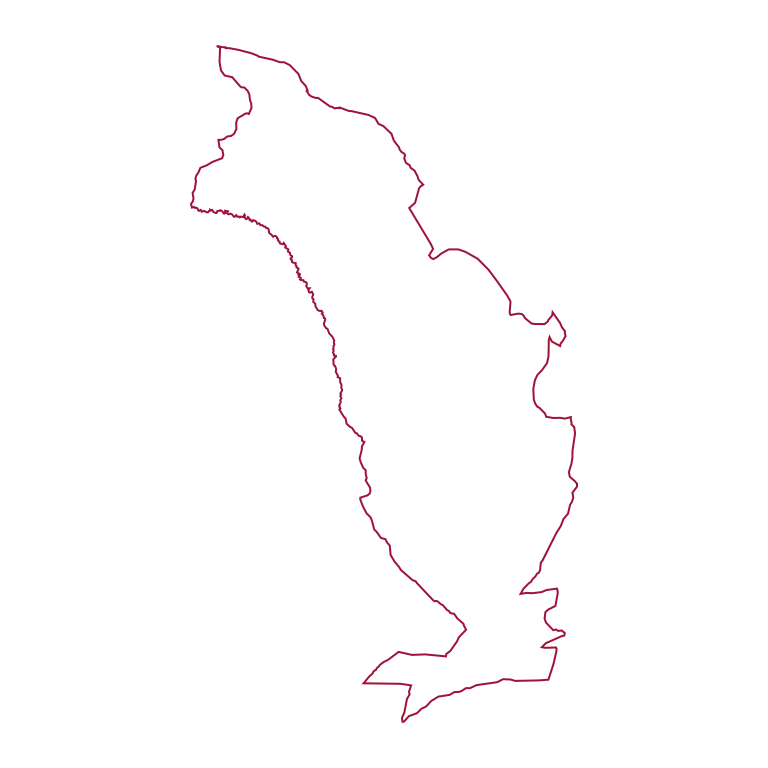 the district of Yahuma, Orientale, Democratic Republic of the Congo
{"feature_id": "63176286B43218121140485", "entity_name": "Yahuma", "entity_type": "district", "adm_level": 2, "iso_a3": "COD", "parent_name": "Democratic Republic of the Congo", "parent_adm1": "Orientale", "projection": "albers", "projection_center": [22.941, 0.801], "detail": "fine", "context": "isolated", "style": "outline", "palette": "rose", "viewbox_px": 768, "rotation_deg": 0, "n_neighbors": 0, "source": "geoboundaries", "source_scale": "gbopen_adm2", "svg_char_len": 6093}
<svg xmlns="http://www.w3.org/2000/svg" viewBox="0 0 768 768"><path d="M298.5,74.0L289.6,65.0L284.2,62.3L279.8,62.2L272.9,59.7L258.5,56.6L257.9,55.8L251.5,53.3L238.6,49.9L228.9,48.1L225.7,48.1L225.6,47.3L222.0,47.1L217.7,46.1L217.5,46.5L220.1,47.7L219.5,61.8L221.0,70.4L224.6,75.5L232.2,77.2L240.1,86.3L241.4,87.3L244.3,87.5L247.6,90.8L249.3,94.3L250.0,100.2L251.2,103.3L251.5,107.9L248.8,114.0L247.2,113.3L245.7,113.5L237.7,118.2L236.2,122.3L236.4,129.0L234.1,133.8L231.0,136.0L227.6,136.4L226.2,137.2L224.3,138.9L220.9,139.9L218.4,139.9L219.5,147.4L222.5,150.3L223.3,155.1L222.1,158.2L212.5,161.9L206.4,165.5L200.4,167.8L198.4,172.5L196.3,175.6L195.4,178.7L196.0,181.1L194.7,189.5L192.6,192.9L193.5,198.6L192.8,201.4L191.0,204.0L192.0,207.6L194.1,207.0L195.0,207.9L196.7,207.8L197.6,208.6L198.4,210.6L199.5,210.8L200.5,209.9L201.0,210.1L201.7,211.7L204.1,210.9L206.9,212.4L208.2,212.2L209.0,211.0L209.7,210.9L210.0,209.7L210.8,210.5L212.3,210.0L213.3,211.9L215.6,213.0L216.7,212.9L217.4,211.0L219.6,210.9L220.1,210.2L221.9,210.9L224.1,213.7L225.2,213.0L225.1,210.8L228.0,211.3L227.1,213.2L227.8,214.0L228.9,214.3L230.5,213.6L232.2,214.6L233.8,216.6L234.6,216.8L236.2,215.1L237.4,216.8L239.2,216.6L239.9,217.4L240.9,216.6L243.0,217.1L244.5,214.6L245.0,215.6L244.5,217.2L246.0,219.1L247.6,218.5L247.9,217.1L248.5,217.4L248.8,218.4L249.7,218.9L249.7,220.1L251.0,220.3L251.8,221.6L252.5,221.4L253.1,220.2L254.3,220.4L256.3,221.7L257.2,223.8L259.3,223.4L260.5,225.2L262.3,225.2L263.9,226.5L265.5,226.8L266.0,227.8L267.7,228.3L268.6,229.2L269.2,233.1L271.5,234.7L273.0,236.7L275.0,235.8L276.1,236.4L277.0,237.3L277.0,238.3L278.1,239.1L278.1,240.7L279.7,241.8L279.6,242.7L280.1,243.5L282.8,244.2L283.7,242.9L285.9,246.2L285.2,247.5L288.3,249.3L288.0,251.6L290.0,252.8L290.2,254.9L292.1,256.3L292.1,257.3L290.6,258.5L290.8,259.3L292.1,260.3L291.9,261.9L292.9,262.6L295.7,263.1L295.6,265.2L296.6,266.2L296.5,267.5L297.8,268.0L298.6,268.9L297.0,272.4L299.9,274.1L299.9,274.6L298.5,274.9L299.0,275.9L298.7,276.9L300.1,277.3L300.9,278.3L300.0,279.4L300.9,280.1L303.4,280.2L303.9,281.6L305.9,282.1L306.7,283.0L306.9,284.2L306.2,286.0L307.7,288.4L309.6,288.3L308.4,290.1L309.0,292.2L310.0,292.6L311.9,291.8L313.2,294.4L312.2,297.3L312.3,298.2L313.5,299.3L313.2,301.7L315.3,303.8L315.5,306.5L317.9,310.3L320.1,311.0L321.6,310.8L322.7,312.6L321.8,313.7L323.6,316.1L323.9,318.0L325.1,318.5L325.2,319.7L323.9,323.8L324.3,325.5L326.2,328.3L327.4,328.7L329.2,333.3L332.5,337.0L334.3,340.7L333.8,341.7L334.4,344.7L333.5,345.9L333.6,348.1L333.0,349.2L333.7,350.6L333.0,352.7L334.1,354.6L333.9,355.3L334.5,355.8L335.9,355.8L336.1,356.4L333.4,359.2L333.5,364.1L334.5,365.9L335.1,366.0L336.2,369.2L335.7,371.6L337.9,375.8L337.7,377.1L340.1,378.2L340.1,381.8L341.5,385.0L341.3,387.5L342.2,390.2L340.4,393.4L341.1,394.7L340.3,395.8L341.3,398.4L340.3,400.1L340.8,401.9L339.2,405.6L339.8,406.3L339.5,407.4L340.4,408.6L339.4,409.6L343.7,416.5L345.6,418.6L346.6,423.7L349.7,426.6L351.9,427.8L355.3,432.8L356.8,433.3L358.9,435.9L360.8,436.3L362.0,437.7L362.0,440.7L364.4,442.0L362.0,446.2L361.7,450.0L359.6,458.4L360.7,462.2L363.3,467.9L365.7,470.2L365.7,473.7L366.7,478.2L365.7,480.1L365.9,480.9L370.1,487.7L370.4,491.5L369.6,493.7L367.4,495.4L360.3,497.7L360.3,499.5L363.0,506.6L366.7,513.5L370.5,517.2L371.9,520.6L374.3,529.6L376.6,531.8L381.0,538.0L385.4,539.1L387.0,542.4L389.8,545.7L390.6,554.9L394.5,561.5L399.1,567.0L400.8,569.9L412.6,580.2L415.7,581.2L416.9,583.1L433.2,600.3L434.5,601.2L436.7,601.0L437.8,601.5L440.8,604.2L442.9,605.2L447.2,610.2L448.8,610.9L450.4,613.1L454.1,613.8L457.4,618.5L463.4,623.7L463.8,625.4L466.1,629.7L458.9,637.3L456.9,641.6L450.2,651.1L446.3,653.9L446.0,656.4L425.3,654.4L411.9,654.9L398.6,651.9L388.0,659.9L383.7,662.0L380.1,664.7L378.8,666.5L377.3,667.6L375.7,670.1L373.9,671.0L372.3,673.8L369.3,676.4L363.6,683.3L400.6,683.8L411.1,685.4L409.0,691.8L409.6,694.5L407.0,698.8L404.3,712.8L402.2,717.2L402.0,719.1L402.6,721.9L404.2,721.4L408.9,716.2L417.1,713.1L421.5,708.7L426.1,706.5L431.2,701.0L438.4,696.6L449.5,694.9L454.6,692.0L459.0,691.9L461.6,691.0L466.0,688.1L469.9,688.2L476.6,685.1L497.2,682.2L503.0,679.2L510.4,679.5L515.2,680.9L538.9,680.4L548.4,679.7L553.4,664.3L556.3,651.8L556.6,649.0L556.0,647.5L545.2,647.8L541.9,647.2L545.8,643.2L561.8,636.1L564.3,635.6L564.8,633.0L561.6,630.5L558.2,630.9L556.0,629.5L553.3,630.2L546.0,622.6L544.6,618.6L545.4,612.2L548.2,609.6L555.4,605.9L557.7,593.6L557.7,591.3L557.0,588.6L546.6,590.0L541.5,592.1L532.4,593.2L526.5,592.9L520.6,593.9L523.4,588.8L529.0,583.1L531.1,581.8L532.3,579.5L535.5,576.3L537.1,573.6L538.7,572.9L540.1,570.1L540.8,562.7L542.6,560.4L556.2,533.3L560.8,526.0L563.5,519.0L568.0,513.7L570.1,504.7L572.0,501.8L573.3,497.4L572.4,492.7L577.0,486.7L577.0,483.7L574.8,481.1L569.8,476.8L568.9,472.1L571.5,463.6L572.4,458.0L572.5,450.7L575.1,433.3L574.2,427.1L571.4,424.3L571.6,422.8L570.7,419.2L570.9,417.1L564.7,418.6L560.1,417.8L553.5,418.0L546.2,416.8L545.1,413.6L539.4,407.8L537.3,406.7L535.2,403.6L533.8,399.5L533.3,388.9L534.9,380.2L537.5,374.8L541.8,370.4L547.1,363.0L548.5,356.2L548.8,339.9L549.6,337.1L551.9,341.6L560.1,346.0L560.6,343.6L562.9,340.8L565.6,336.0L564.8,332.8L565.0,331.3L561.9,327.2L560.1,323.0L552.6,312.3L552.2,315.4L548.3,320.1L547.9,321.4L544.6,324.1L534.4,324.0L531.5,323.5L525.0,318.1L523.5,315.5L522.0,314.1L518.3,313.6L510.7,315.0L509.9,313.9L509.7,312.1L510.5,301.8L509.9,300.3L507.1,295.4L497.1,281.2L488.5,269.7L477.6,258.7L465.3,251.8L458.4,249.4L448.7,249.4L441.2,253.6L437.1,257.0L433.4,259.1L431.0,257.9L429.1,255.3L433.1,248.9L431.0,244.3L409.2,208.0L415.1,202.8L419.1,188.2L420.7,186.3L423.2,184.7L419.5,180.9L418.2,178.8L417.5,176.2L414.5,170.6L410.7,167.9L409.6,165.2L406.0,162.9L404.2,158.3L405.1,155.3L404.4,153.8L401.3,151.8L399.5,149.3L399.2,147.6L393.9,140.7L391.5,133.9L383.3,126.0L378.5,123.9L375.1,118.0L368.3,114.9L351.4,111.1L348.7,110.9L339.7,107.5L339.6,108.1L336.1,108.0L334.6,108.5L332.1,106.8L330.2,106.6L317.9,97.8L315.8,98.0L311.1,96.3L309.2,94.9L306.7,91.1L307.6,90.8L305.9,86.2L301.2,80.9L298.5,74.0Z" fill="none" stroke="#9f1239" stroke-width="2"/></svg>